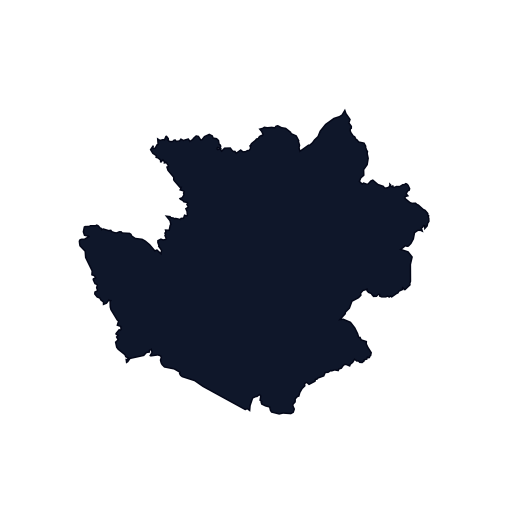 Benito Juárez, Zacatecas, Mexico, rotated 134°
{"feature_id": "50627088B40188913949986", "entity_name": "Benito Juárez", "entity_type": "district", "adm_level": 2, "iso_a3": "MEX", "parent_name": "Mexico", "parent_adm1": "Zacatecas", "projection": "mercator", "projection_center": [-103.583, 21.491], "detail": "fine", "context": "isolated", "style": "filled", "palette": "ink", "viewbox_px": 512, "rotation_deg": 134, "n_neighbors": 0, "source": "geoboundaries", "source_scale": "gbopen_adm2", "svg_char_len": 6159}
<svg xmlns="http://www.w3.org/2000/svg" viewBox="0 0 512 512"><g transform="rotate(134 256 256)"><path d="M111.0,155.7L108.8,158.0L108.2,159.4L107.2,159.6L107.1,161.1L106.1,162.0L105.7,166.1L106.4,168.2L106.6,174.6L107.2,176.2L107.2,177.9L109.7,180.3L110.6,182.2L111.1,188.4L110.8,189.3L109.5,189.9L107.2,188.6L107.0,190.7L106.5,191.4L103.7,192.1L102.4,191.5L100.9,192.2L99.5,195.8L99.5,197.7L100.0,198.6L101.6,198.8L102.7,199.9L106.2,200.8L108.4,203.2L110.6,204.1L111.5,205.9L109.9,206.3L111.7,206.1L112.2,207.5L111.4,208.4L111.4,209.5L112.0,208.8L114.0,208.2L115.9,209.0L117.8,210.6L117.5,212.9L119.9,218.0L120.3,224.7L122.3,225.5L126.5,225.3L127.5,226.3L128.8,229.3L130.5,229.6L130.5,233.5L127.0,234.9L123.0,234.6L119.1,238.6L113.1,239.5L107.8,243.2L105.1,247.2L103.3,248.5L103.2,249.7L101.7,252.7L100.8,253.4L99.8,256.7L102.7,261.4L102.3,263.9L102.7,265.1L101.7,267.9L102.2,269.4L101.3,273.7L100.4,275.4L99.2,276.4L97.9,276.2L96.5,277.5L95.8,281.7L92.5,283.2L91.1,290.3L89.6,293.2L94.8,292.0L97.7,292.7L102.9,295.5L113.0,297.3L121.6,296.5L127.0,294.3L131.9,294.5L135.2,294.0L139.0,294.3L139.8,295.2L150.2,297.1L148.3,300.2L146.1,301.6L144.1,305.1L143.4,305.4L141.7,310.5L143.6,315.7L143.0,317.1L143.6,323.3L146.0,326.8L147.2,330.8L148.7,331.7L150.7,331.5L152.6,334.1L155.9,336.9L157.6,339.4L159.5,339.8L162.1,341.4L162.4,338.6L163.6,335.3L165.4,335.2L165.5,335.8L167.7,336.5L170.0,335.9L171.5,336.9L173.3,336.7L178.3,337.3L179.7,336.9L180.0,336.3L181.0,336.8L181.7,335.3L183.1,334.4L185.0,334.3L186.2,335.4L188.3,336.0L190.2,337.8L190.4,340.6L195.8,341.6L195.4,343.9L196.3,344.6L196.8,345.9L196.2,349.5L200.3,353.5L204.5,353.5L204.4,354.8L203.4,355.6L206.1,357.5L206.1,358.4L205.0,359.0L204.5,359.0L203.7,357.0L202.8,356.9L201.5,357.7L201.0,359.0L201.2,360.3L199.0,363.2L199.0,365.9L201.0,368.8L200.0,370.8L201.0,374.1L205.9,376.0L210.0,375.6L211.0,376.3L210.0,380.5L211.2,382.4L215.1,382.7L215.7,382.3L219.5,383.1L218.9,386.0L223.4,388.5L224.1,391.2L226.3,390.9L229.0,393.0L228.7,394.7L229.6,395.4L231.4,395.4L233.0,396.8L233.8,398.2L233.8,400.0L233.0,400.1L232.5,400.7L232.1,403.5L232.6,403.8L236.1,402.5L236.8,403.6L239.6,405.4L240.1,408.0L243.8,403.8L244.6,404.4L248.2,403.5L249.3,403.8L250.1,404.6L249.7,405.4L248.0,406.5L252.7,405.7L253.8,401.5L253.0,397.4L254.4,396.4L253.5,394.7L253.2,391.4L254.5,390.0L254.2,389.6L251.5,389.8L251.8,387.3L252.7,386.6L252.0,386.0L251.4,386.4L251.0,385.6L251.8,382.1L252.5,381.1L253.9,381.8L255.5,378.8L256.5,369.8L258.2,368.3L258.6,367.3L259.4,358.6L258.5,357.5L261.1,356.5L259.5,353.3L259.6,352.3L261.1,351.8L261.9,350.4L264.0,349.8L265.5,349.6L267.5,350.6L267.7,349.8L266.9,347.3L267.1,345.5L265.3,342.8L265.3,341.9L266.9,341.5L267.6,339.0L268.2,338.7L270.7,339.3L271.8,336.6L274.4,333.6L275.3,333.6L276.3,335.7L279.2,334.3L280.9,336.0L282.4,335.9L284.8,339.9L285.8,340.4L286.1,341.8L287.6,343.9L287.4,345.2L289.6,348.1L290.3,342.4L292.5,339.0L293.4,339.1L297.8,336.3L300.2,339.1L301.3,337.5L302.8,337.4L303.4,336.0L304.5,335.7L305.7,332.8L306.8,332.5L309.0,333.9L309.9,336.1L313.1,337.2L314.5,335.9L316.0,332.9L316.6,332.7L317.4,328.0L320.4,325.9L320.5,331.4L322.6,332.3L321.8,340.4L322.2,346.0L323.1,349.5L327.3,355.1L328.0,359.4L327.3,361.0L327.6,362.7L332.4,368.2L332.3,369.8L333.5,371.1L336.1,372.2L337.3,373.6L338.7,376.6L338.4,378.3L340.1,379.6L342.7,384.7L344.3,385.4L343.7,386.6L344.2,387.6L343.9,390.4L344.4,392.0L345.8,392.5L349.2,396.1L350.5,396.4L353.5,399.3L354.4,399.6L358.5,397.0L360.2,393.8L358.0,390.1L358.1,389.6L363.3,391.1L364.9,392.9L366.5,393.8L368.0,393.4L369.6,391.5L370.9,389.7L371.2,382.2L375.4,377.5L380.5,363.5L383.5,361.0L382.4,358.4L383.1,356.2L385.4,357.1L386.1,356.6L387.7,352.6L386.9,350.6L387.1,349.9L389.5,348.6L390.7,346.2L391.7,346.0L393.8,346.8L395.3,345.6L395.8,341.8L394.7,339.1L395.4,336.9L395.0,333.8L396.7,332.1L393.8,330.8L389.8,331.3L389.9,330.6L389.0,329.5L390.2,329.2L393.9,325.4L395.3,323.1L398.4,311.3L398.1,309.7L402.1,307.7L400.6,304.4L401.6,303.1L402.6,302.1L403.7,302.0L404.1,303.2L409.0,302.8L409.4,302.4L408.8,300.1L411.1,300.0L412.0,296.9L415.5,297.1L418.4,292.8L418.8,290.4L418.0,281.7L418.9,279.7L418.1,277.0L419.8,276.5L420.6,277.5L422.4,275.2L421.2,274.9L417.2,275.5L405.5,267.7L401.5,267.8L399.1,266.0L398.1,267.2L395.9,266.5L397.5,263.8L401.1,262.9L400.9,262.3L395.3,257.9L394.1,255.4L394.6,253.7L397.2,252.4L398.7,250.0L399.3,248.1L399.4,244.8L394.0,236.4L392.4,229.8L393.6,229.3L394.2,227.4L394.0,225.3L388.2,213.5L386.6,203.5L373.9,157.1L371.8,156.3L371.5,153.3L367.7,156.4L360.5,159.8L357.4,158.6L356.3,157.7L353.2,157.3L353.5,155.2L356.9,152.9L356.6,150.8L357.5,150.8L358.5,149.0L357.2,145.0L355.1,141.3L357.0,138.3L357.4,136.4L353.5,129.6L350.2,127.5L345.2,121.5L342.6,120.7L340.4,121.7L339.5,122.2L338.2,125.4L337.0,126.4L333.8,126.5L331.5,128.6L328.0,128.6L327.1,127.9L323.7,129.7L319.3,130.8L315.5,130.7L314.2,132.4L312.8,132.2L311.6,131.6L311.5,128.7L305.1,126.6L303.4,127.6L302.3,126.6L300.7,126.7L295.2,124.0L291.7,125.3L289.6,123.4L286.3,122.6L286.1,121.8L283.3,120.3L281.3,117.3L279.7,117.9L277.4,116.7L274.3,117.2L272.3,116.9L271.2,115.4L270.0,112.3L268.3,113.0L265.4,112.6L261.8,113.4L261.5,110.5L260.3,109.5L260.4,107.5L258.9,105.7L256.4,105.4L255.5,106.1L253.2,104.7L251.4,105.6L250.8,104.1L250.1,104.0L249.2,104.6L248.0,104.4L245.5,106.0L244.0,112.2L242.7,115.6L240.9,117.2L243.3,122.1L242.3,124.6L243.0,125.2L243.0,126.0L241.3,129.0L239.1,135.1L238.1,142.0L240.9,149.3L243.5,151.5L235.7,151.7L234.2,152.7L228.7,152.6L221.9,155.6L214.8,153.3L211.4,153.3L210.0,155.0L206.5,155.1L202.8,153.1L203.8,152.1L204.0,149.8L202.9,147.1L203.4,144.5L202.6,143.9L203.3,143.3L201.3,141.4L198.6,141.4L197.8,140.3L198.9,139.2L198.1,137.2L195.3,134.3L193.3,133.4L193.0,131.7L191.4,131.5L191.2,130.0L185.4,128.9L184.0,128.3L182.0,128.8L178.5,127.4L176.9,128.5L176.7,127.1L177.2,126.1L176.7,125.5L169.8,125.2L169.0,126.3L166.9,127.3L154.8,139.1L148.3,143.0L147.4,149.5L150.8,156.5L144.8,155.7L144.0,154.0L143.0,153.3L139.4,153.3L134.4,154.7L129.1,158.2L125.1,157.4L123.2,155.5L122.6,153.7L121.1,156.5L119.2,156.1L117.7,156.6L117.0,155.7L118.9,153.7L115.5,153.8L113.2,155.3L111.0,155.7Z" fill="#0f172a" stroke="#020617" stroke-width="1.5"/></g></svg>